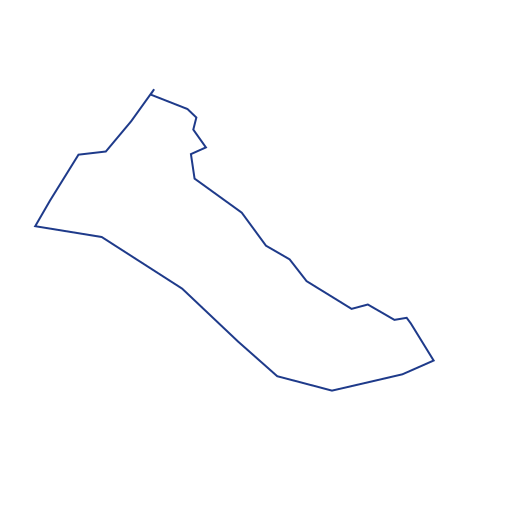 Darling Road, Castries, Saint Lucia, rotated 120°
{"feature_id": "8701671B69792415593649", "entity_name": "Darling Road", "entity_type": "district", "adm_level": 2, "iso_a3": "LCA", "parent_name": "Saint Lucia", "parent_adm1": "Castries", "projection": "robinson", "projection_center": [-60.988, 14.014], "detail": "fine", "context": "isolated", "style": "outline", "palette": "blue", "viewbox_px": 512, "rotation_deg": 120, "n_neighbors": 0, "source": "geoboundaries", "source_scale": "gbopen_adm2", "svg_char_len": 522}
<svg xmlns="http://www.w3.org/2000/svg" viewBox="0 0 512 512"><g transform="rotate(120 256 256)"><path d="M187.0,353.7L177.9,373.5L165.9,376.9L163.0,388.8L168.9,428.0L162.5,427.6L201.8,431.5L240.6,438.3L257.0,460.4L310.7,462.1L340.6,462.1L316.7,399.1L321.2,303.6L339.1,228.6L349.5,177.5L334.6,122.9L285.3,70.1L257.7,49.9L237.0,88.2L234.2,94.6L242.1,104.2L242.1,134.9L254.0,146.8L252.5,199.6L242.1,225.2L242.1,252.5L225.6,290.0L219.7,347.9L200.3,363.3L187.0,353.7Z" fill="none" stroke="#1e3a8a" stroke-width="2"/></g></svg>